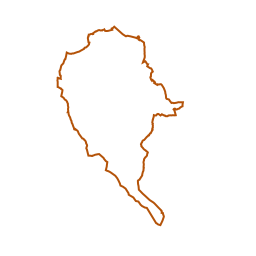 Odorheiu Secuiesc, Harghita, Romania, rotated 77°
{"feature_id": "2599482B50966601311858", "entity_name": "Odorheiu Secuiesc", "entity_type": "district", "adm_level": 2, "iso_a3": "ROU", "parent_name": "Romania", "parent_adm1": "Harghita", "projection": "robinson", "projection_center": [25.322, 46.315], "detail": "fine", "context": "isolated", "style": "outline", "palette": "amber", "viewbox_px": 256, "rotation_deg": 77, "n_neighbors": 0, "source": "geoboundaries", "source_scale": "gbopen_adm2", "svg_char_len": 5691}
<svg xmlns="http://www.w3.org/2000/svg" viewBox="0 0 256 256"><g transform="rotate(77 128 128)"><path d="M229.9,118.3L226.0,115.2L222.8,113.2L222.4,113.0L222.1,113.0L221.4,113.0L219.9,113.2L218.8,113.1L218.3,114.3L217.3,113.9L216.5,114.1L216.4,113.9L216.2,113.9L212.5,116.2L207.4,119.2L206.2,120.1L203.1,123.1L198.2,126.4L196.5,127.6L195.2,128.5L192.0,130.4L190.6,131.3L186.9,130.8L184.9,130.8L183.6,130.6L182.5,130.4L181.8,130.3L181.4,130.0L180.8,128.2L180.2,127.9L179.9,127.3L179.0,126.6L178.4,125.8L177.3,124.8L177.0,124.8L175.9,124.3L174.1,123.4L173.6,122.9L172.4,122.3L171.4,122.1L170.3,121.5L169.8,121.7L166.7,120.7L165.5,120.7L164.8,120.6L163.7,120.1L163.2,119.7L162.0,119.4L161.7,119.0L161.0,118.4L160.7,117.9L160.3,117.5L160.1,117.0L159.8,116.4L159.3,116.0L159.1,115.7L158.1,115.3L157.5,115.1L157.1,114.8L156.5,114.2L155.9,114.3L155.0,115.0L154.7,115.4L154.0,115.7L152.4,117.2L151.1,117.9L150.6,118.0L150.1,118.4L148.8,119.1L147.9,118.8L147.1,119.1L146.6,119.0L146.4,118.7L145.6,118.2L145.2,117.6L144.1,117.0L143.5,116.2L143.4,115.8L143.3,115.0L142.7,114.1L140.9,111.7L140.7,111.4L140.7,111.0L140.5,110.6L139.9,110.1L139.6,109.5L139.8,109.1L138.3,107.9L138.2,107.6L138.2,107.0L137.5,106.5L136.3,105.4L135.5,105.1L135.4,104.5L134.8,104.3L134.5,104.5L133.8,104.4L133.2,103.7L132.0,103.5L130.8,103.1L129.9,103.3L129.3,102.8L128.8,103.0L128.1,103.1L127.4,102.8L126.8,102.6L126.4,102.3L125.6,102.1L125.4,101.8L125.1,101.7L124.6,101.5L123.2,100.6L121.3,99.9L121.8,99.1L122.0,98.4L122.1,97.8L122.0,97.5L121.4,97.0L121.1,96.4L121.0,95.7L121.2,95.2L121.7,94.7L123.1,93.5L122.3,92.0L122.6,91.9L122.9,91.2L123.6,90.3L123.8,89.9L123.9,90.0L124.3,89.5L124.7,88.7L125.0,88.5L125.2,87.7L125.4,86.9L125.3,86.5L125.0,86.1L124.9,85.7L125.1,84.4L125.2,83.7L125.5,82.9L125.6,81.6L125.8,80.9L126.2,79.5L126.3,78.6L125.5,78.6L124.1,78.7L123.4,78.7L121.5,78.8L121.0,78.9L120.1,79.4L119.8,79.1L119.6,78.5L119.7,77.9L119.9,77.7L120.8,77.0L120.9,76.1L120.7,75.4L120.6,74.6L120.6,73.9L120.5,73.5L120.2,73.1L119.9,72.8L119.6,72.0L119.5,71.7L119.4,71.3L119.1,70.4L119.1,70.0L117.2,69.5L115.3,68.7L114.5,72.1L114.2,73.1L114.3,75.1L114.1,77.8L113.5,78.7L113.4,80.0L110.8,81.2L109.4,81.7L109.0,82.4L108.3,83.8L107.8,84.0L107.1,84.1L104.5,83.7L103.8,83.7L102.8,83.8L100.9,83.6L98.8,83.9L97.0,84.2L93.6,85.4L92.7,86.1L92.6,86.8L92.5,88.6L92.1,89.2L92.6,89.8L90.4,92.0L90.2,91.4L88.8,91.7L88.7,91.8L88.8,92.3L87.5,92.7L87.5,93.2L87.0,93.9L86.4,93.7L86.2,94.2L86.3,94.1L86.7,94.3L86.0,94.6L84.2,94.8L83.5,94.8L83.3,94.5L83.0,94.1L80.1,93.3L79.5,92.8L79.2,92.2L78.7,91.8L78.6,91.2L76.8,91.5L75.2,92.0L74.6,93.1L72.5,95.1L72.2,95.4L70.5,94.2L70.4,94.6L69.8,95.0L69.2,95.3L68.5,95.4L66.9,96.1L67.0,96.8L67.5,98.7L65.7,97.6L64.6,96.8L62.9,95.8L61.4,95.4L59.4,95.2L59.0,95.1L58.7,94.9L57.3,94.7L54.3,94.1L52.9,93.5L51.1,93.6L49.8,93.4L48.6,93.3L48.5,93.2L48.3,93.2L46.0,95.3L44.7,96.7L45.0,97.0L44.4,97.7L43.3,98.1L42.9,98.1L42.4,98.2L42.2,97.7L42.7,97.5L42.8,97.3L42.7,97.2L42.4,96.7L41.5,96.9L41.6,97.2L41.4,97.5L41.1,97.6L41.3,98.1L41.8,98.3L42.0,98.3L42.4,99.4L41.7,100.3L39.2,105.1L38.5,106.7L38.1,107.4L38.0,107.9L38.0,108.3L38.2,108.7L38.1,109.5L35.4,112.1L26.2,118.6L27.1,120.0L27.4,121.5L28.1,121.4L28.5,121.2L28.8,121.2L28.8,122.0L28.8,123.9L28.9,125.0L28.8,126.3L28.8,126.6L28.6,127.4L28.4,127.9L28.3,128.4L26.6,128.9L26.8,129.3L26.8,129.6L26.8,130.2L27.0,131.1L26.9,131.3L26.9,131.6L27.0,131.6L26.9,132.1L26.9,132.5L26.6,133.1L26.3,133.6L26.1,134.1L26.1,134.6L26.1,135.0L26.8,137.6L26.6,137.9L27.1,139.0L27.3,139.3L27.7,140.6L28.1,140.9L28.6,140.9L28.6,141.1L28.4,141.1L28.0,142.9L28.3,143.9L28.2,145.2L28.6,145.3L28.8,145.4L29.8,145.8L29.7,146.1L31.3,146.9L35.7,147.2L36.1,146.4L37.0,146.9L37.8,147.2L38.5,148.1L39.3,149.3L40.1,150.9L40.0,152.0L40.8,153.1L41.0,153.1L41.7,155.5L42.2,157.3L42.5,158.0L42.6,158.8L42.6,160.0L43.1,164.3L42.8,165.6L42.9,166.0L43.0,166.5L42.3,168.6L42.0,169.1L41.6,169.6L40.7,170.7L43.9,172.1L46.9,173.6L47.0,173.8L46.9,174.0L47.2,174.2L47.4,174.6L50.5,176.5L52.0,178.8L53.4,179.6L53.5,179.6L56.3,181.0L56.5,181.4L57.0,181.8L57.7,182.1L58.3,182.1L61.0,182.4L61.6,181.9L61.9,181.8L62.1,181.8L64.6,182.5L64.9,182.5L64.6,183.1L64.2,183.9L63.4,184.9L63.6,185.0L63.5,185.3L64.7,185.6L65.9,186.1L67.1,186.1L72.2,187.3L72.5,186.7L73.4,185.8L74.5,184.4L74.8,184.5L75.4,183.9L76.3,183.3L78.1,184.0L82.0,185.9L82.3,185.7L82.5,185.4L83.7,184.3L84.6,183.7L85.7,183.4L86.5,182.8L87.1,182.1L88.8,181.4L89.5,181.5L90.2,181.2L90.7,181.1L91.1,181.1L91.5,181.2L91.8,181.4L92.7,181.5L94.4,181.5L96.0,182.2L97.9,182.4L98.8,183.0L98.8,182.6L99.2,182.5L100.9,182.7L101.8,182.7L103.0,182.5L103.4,182.4L104.6,182.0L105.3,182.0L107.0,181.9L108.4,181.5L109.4,181.6L110.5,181.6L111.7,181.2L113.9,181.0L114.7,180.9L115.3,180.7L117.2,180.7L117.8,179.7L117.4,179.4L119.4,177.8L119.9,177.6L122.5,177.2L127.9,174.9L128.2,174.2L128.6,173.8L129.0,173.5L129.7,173.3L130.0,173.1L130.2,172.8L131.4,172.3L132.3,172.2L132.5,172.1L133.1,172.3L134.5,172.0L135.1,171.8L135.9,171.8L136.4,172.0L137.0,172.5L137.3,172.6L137.6,172.8L138.3,173.2L139.4,173.0L139.6,172.9L146.0,172.8L146.7,170.4L146.8,170.2L147.1,169.6L147.2,169.2L147.2,168.9L147.0,168.7L147.0,167.9L146.9,167.3L146.7,166.2L146.7,164.7L146.8,164.4L146.7,163.8L146.8,163.2L146.9,162.0L151.6,158.6L152.1,158.4L152.7,158.3L155.3,157.0L156.5,155.8L159.3,156.9L160.8,157.4L164.1,159.1L164.8,158.3L165.5,157.1L166.5,155.8L167.6,154.7L171.7,151.1L174.5,149.8L177.0,149.1L180.2,148.4L182.4,148.3L184.1,146.1L186.5,144.0L191.6,142.2L193.2,142.3L196.9,138.4L200.9,136.8L202.0,134.4L205.6,133.0L207.3,131.8L207.6,131.4L209.3,129.5L210.1,127.6L227.0,122.0L227.2,121.6L228.0,121.0L228.8,120.3L229.3,119.4L229.9,118.3Z" fill="none" stroke="#b45309" stroke-width="2"/></g></svg>